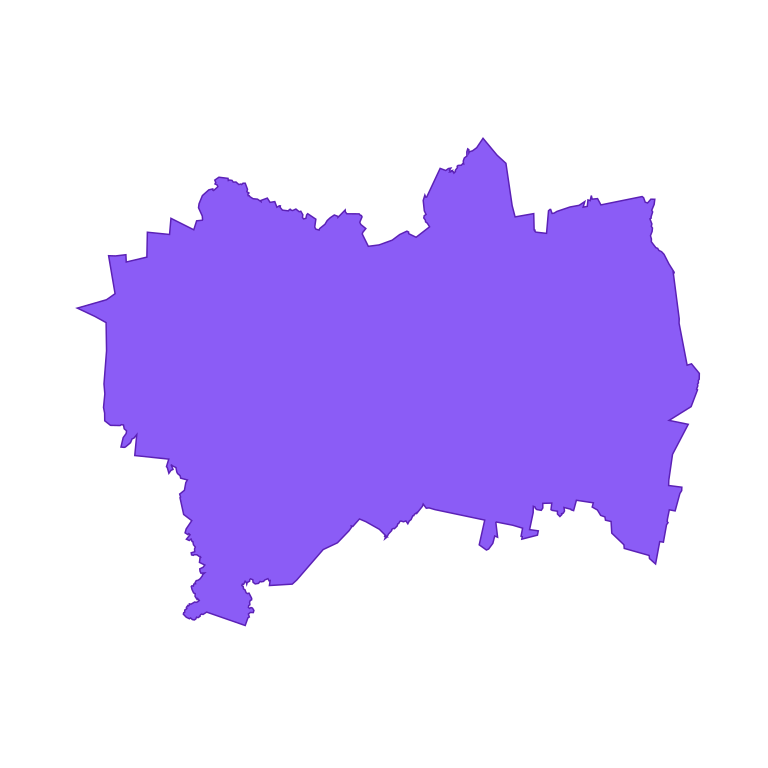 Guanajuato, Guanajuato, Mexico, rotated 276°
{"feature_id": "50627088B24984367263380", "entity_name": "Guanajuato", "entity_type": "district", "adm_level": 2, "iso_a3": "MEX", "parent_name": "Mexico", "parent_adm1": "Guanajuato", "projection": "robinson", "projection_center": [-101.294, 21.026], "detail": "fine", "context": "isolated", "style": "filled", "palette": "violet", "viewbox_px": 768, "rotation_deg": 276, "n_neighbors": 0, "source": "geoboundaries", "source_scale": "gbopen_adm2", "svg_char_len": 6107}
<svg xmlns="http://www.w3.org/2000/svg" viewBox="0 0 768 768"><g transform="rotate(276 384 384)"><path d="M196.0,209.9L193.9,210.5L193.7,212.3L194.4,213.1L194.6,215.8L193.0,218.6L193.2,219.3L192.4,219.9L191.6,219.2L187.3,219.1L185.2,224.7L182.8,223.2L180.9,220.1L178.5,220.6L176.7,221.7L177.3,225.3L175.3,223.4L174.4,223.5L171.2,221.6L169.5,219.8L168.8,217.8L166.5,216.8L165.7,217.4L165.1,215.7L163.2,215.6L163.2,214.0L162.5,213.5L159.6,214.5L156.3,216.5L155.8,218.1L153.0,218.3L150.2,220.6L151.1,221.0L149.4,222.9L147.9,221.5L147.2,220.0L147.4,218.5L144.9,215.1L145.0,213.5L144.2,213.7L143.0,212.8L143.4,212.2L141.2,210.8L140.0,211.4L138.4,209.5L136.1,209.6L135.6,208.7L134.1,208.5L131.4,211.7L130.2,215.0L131.1,216.1L129.7,218.0L129.5,220.0L130.5,221.3L132.5,222.0L132.2,223.5L133.7,225.3L134.1,225.0L135.6,225.9L136.1,226.7L135.9,228.1L138.6,231.5L129.3,271.2L137.2,273.1L138.2,274.4L141.1,273.2L142.8,274.9L143.0,277.9L145.2,278.3L147.4,276.6L147.8,275.1L146.8,273.8L147.6,272.5L149.5,272.6L150.4,273.7L153.1,273.1L154.8,273.7L155.5,274.9L157.0,274.8L161.9,271.6L161.3,270.0L162.0,268.7L164.9,267.2L165.5,265.7L167.7,265.2L168.7,263.7L170.2,264.1L170.0,265.3L173.3,266.5L172.2,267.8L170.6,268.4L172.2,268.7L173.9,271.0L175.4,270.9L176.3,271.6L175.6,274.0L173.1,274.5L171.7,276.8L172.6,280.0L174.7,281.4L174.4,282.5L175.1,284.9L176.6,285.9L178.3,288.9L176.2,290.3L176.6,291.3L171.6,291.1L175.4,313.7L179.9,317.7L213.0,340.8L221.2,354.3L234.3,364.5L238.2,366.7L239.4,366.3L239.1,367.9L247.2,373.7L245.2,380.3L239.0,394.6L232.6,402.5L232.9,400.0L231.9,401.5L230.2,401.1L232.1,403.0L235.2,404.1L239.1,407.0L240.2,406.9L241.3,408.3L241.2,409.5L244.1,411.9L246.3,412.3L246.8,413.2L249.1,414.2L249.5,415.3L249.0,417.8L250.1,420.1L247.5,422.3L250.3,423.4L252.0,425.1L255.9,426.4L256.2,427.4L257.5,427.8L259.7,430.3L259.2,430.4L266.4,435.0L268.7,435.5L264.9,439.0L265.5,441.8L264.4,447.8L259.2,498.4L234.0,495.5L229.6,503.2L230.8,505.3L236.9,508.9L244.4,510.0L243.5,513.0L258.0,509.7L258.5,510.2L257.0,526.8L255.1,536.9L246.9,536.2L246.6,537.5L244.1,537.3L249.7,552.4L254.1,552.8L254.4,544.0L271.6,545.8L278.0,545.3L277.4,547.1L276.1,547.6L275.1,549.1L274.8,553.6L277.3,554.9L281.9,554.4L283.1,563.3L276.5,563.2L275.9,564.5L275.6,569.8L272.8,570.1L270.6,572.8L272.8,574.6L273.6,574.2L274.4,575.9L276.6,576.8L280.0,575.9L279.0,582.9L278.4,583.3L277.9,585.8L288.5,587.5L287.7,604.6L283.4,603.9L281.0,609.4L276.0,613.2L274.9,617.6L271.7,618.5L271.0,624.2L259.5,626.1L249.2,639.4L245.6,640.1L241.2,665.6L238.1,666.3L233.4,672.9L256.1,674.7L255.9,678.4L273.6,679.7L275.8,681.0L276.8,680.0L279.2,680.0L288.7,680.9L288.2,686.8L306.0,689.7L309.1,691.2L312.5,691.0L312.8,677.7L318.1,677.3L344.2,678.3L375.7,690.8L377.6,671.3L393.6,691.8L411.0,696.4L411.5,695.4L414.9,696.3L416.6,695.8L418.0,696.6L420.3,696.2L421.7,697.0L427.5,696.5L436.2,687.7L434.4,683.5L475.3,671.1L479.6,670.8L525.5,659.9L525.2,660.9L525.6,660.8L533.1,654.9L542.3,648.9L544.6,646.2L545.6,643.4L547.5,642.0L548.0,640.1L553.4,635.0L556.2,634.8L559.3,633.5L563.7,634.7L567.2,634.7L568.7,633.4L571.2,633.7L576.0,631.2L577.0,632.4L578.0,632.1L583.2,633.2L584.8,632.1L590.8,633.9L596.0,634.0L595.7,630.1L591.6,627.2L592.1,624.8L596.4,622.7L597.4,621.1L584.8,581.0L590.7,577.0L589.6,571.7L593.1,570.5L587.9,569.9L588.4,567.6L581.9,567.6L580.7,563.6L586.4,564.6L582.1,559.4L579.5,550.5L573.7,537.9L571.7,535.3L571.2,533.3L575.0,531.5L575.0,530.9L573.5,529.5L550.8,529.9L550.9,519.2L551.5,518.2L552.8,518.1L552.9,517.2L569.1,515.1L563.9,496.9L574.8,492.8L616.2,482.2L623.4,472.5L638.7,456.8L628.7,451.5L625.2,447.7L623.9,444.7L622.9,444.3L625.9,443.9L626.6,442.7L623.5,442.1L619.4,442.6L617.1,440.2L614.0,439.5L611.2,440.2L611.5,439.3L609.7,438.1L609.1,434.8L608.2,434.0L606.9,434.4L604.0,432.6L602.0,432.9L602.6,432.6L601.1,431.5L602.3,430.8L602.5,429.5L603.5,429.8L603.1,428.7L601.9,428.0L601.8,427.3L602.3,427.7L603.4,426.8L605.7,427.9L605.0,425.5L602.8,423.1L604.3,417.3L574.3,406.9L574.2,405.9L576.1,404.9L570.6,403.8L560.4,406.0L557.0,408.1L555.6,406.4L553.3,406.2L551.3,408.0L549.6,408.4L548.5,410.2L545.1,412.9L533.3,400.6L536.1,392.8L537.7,392.6L538.4,390.8L534.3,384.0L527.9,377.1L521.8,364.5L519.3,354.0L530.9,346.7L532.5,347.0L536.7,349.7L540.2,344.3L542.3,343.0L547.9,344.7L549.2,343.9L549.3,342.9L550.6,341.5L549.4,329.2L551.3,327.5L553.0,327.2L544.9,320.8L545.9,320.6L546.9,316.9L543.7,313.1L540.6,310.4L536.7,308.6L531.8,303.7L530.3,303.4L530.9,300.0L532.8,298.7L540.8,299.0L545.4,290.3L544.1,289.4L540.6,289.0L539.8,286.8L541.1,285.5L543.8,285.6L547.1,283.2L546.5,281.6L548.8,278.1L547.0,275.1L547.1,273.5L548.0,272.7L547.7,271.8L546.2,270.8L546.3,264.8L548.9,262.2L550.3,262.3L550.3,261.3L548.6,259.0L554.0,256.3L552.7,251.7L556.7,248.5L553.7,242.4L552.5,242.7L554.6,238.9L554.6,234.4L556.2,231.2L557.3,230.2L557.1,229.3L558.7,228.8L559.8,229.7L560.9,227.5L563.3,227.9L569.2,225.0L568.9,222.7L567.5,221.6L567.9,220.7L567.2,218.8L569.4,215.7L569.0,213.0L570.6,211.6L570.7,209.1L570.1,207.9L572.2,207.4L572.4,198.2L569.1,194.4L566.8,195.6L565.3,195.0L564.6,197.1L563.1,198.1L562.5,197.9L558.6,194.3L558.8,193.6L560.1,193.3L558.8,189.5L552.4,183.7L543.9,181.2L539.9,181.1L532.1,185.7L528.5,186.4L527.9,186.2L526.7,180.6L517.5,178.7L526.5,154.8L510.3,155.1L510.2,132.8L485.4,134.9L478.4,114.9L485.6,113.8L483.3,103.6L482.8,96.7L445.7,107.1L438.8,99.2L427.4,71.0L421.0,89.4L416.0,101.2L388.0,104.6L354.8,105.5L345.0,107.4L331.3,107.5L325.9,109.2L318.2,110.1L314.3,116.3L315.1,125.9L316.1,127.0L316.0,129.2L312.3,130.3L310.6,132.8L307.9,132.8L303.4,130.2L293.8,129.0L293.8,132.2L294.3,133.4L299.1,138.0L303.1,139.2L304.0,140.9L307.8,143.4L286.8,143.6L286.8,177.8L279.0,176.3L278.3,177.2L272.7,179.4L275.8,181.1L277.0,183.1L281.6,180.6L280.3,182.6L279.2,185.8L274.9,187.1L273.3,188.1L271.5,190.8L269.1,191.6L268.0,198.5L265.2,197.2L257.4,196.6L253.2,192.3L250.3,193.5L249.6,193.0L233.3,198.4L228.0,207.1L219.2,202.4L215.2,201.7L213.7,204.7L214.8,205.5L213.8,206.9L209.0,203.7L208.0,206.7L209.6,208.3L207.3,209.6L207.2,210.4L204.2,211.3L202.1,213.4L200.2,212.8L197.4,213.3L196.0,209.9Z" fill="#8b5cf6" stroke="#5b21b6" stroke-width="1.5"/></g></svg>